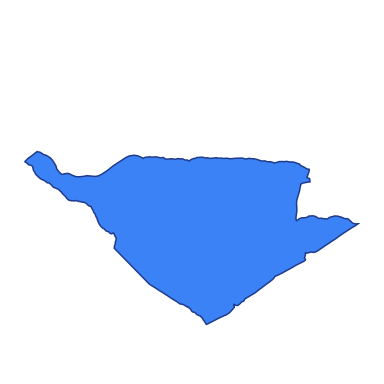 the district of Tisaleo, Tungurahua, Ecuador, rotated 46°
{"feature_id": "8360857B823186733653", "entity_name": "Tisaleo", "entity_type": "district", "adm_level": 2, "iso_a3": "ECU", "parent_name": "Ecuador", "parent_adm1": "Tungurahua", "projection": "mercator", "projection_center": [-78.685, -1.36], "detail": "fine", "context": "isolated", "style": "filled", "palette": "blue", "viewbox_px": 384, "rotation_deg": 46, "n_neighbors": 0, "source": "geoboundaries", "source_scale": "gbopen_adm2", "svg_char_len": 5968}
<svg xmlns="http://www.w3.org/2000/svg" viewBox="0 0 384 384"><g transform="rotate(46 192 192)"><path d="M72.5,292.1L75.1,292.0L76.2,291.9L77.9,291.6L78.1,291.5L78.9,291.3L80.0,290.7L81.5,290.2L82.0,290.0L84.5,289.8L85.2,289.5L85.6,289.0L86.1,288.6L88.0,288.3L90.3,288.3L91.8,288.4L92.6,288.3L93.4,287.9L94.0,287.5L94.6,287.3L95.5,287.1L95.6,286.9L96.0,286.6L97.4,286.3L98.3,286.2L100.0,286.2L100.5,286.1L101.1,286.0L102.9,286.3L103.3,286.4L104.0,286.3L105.0,286.3L106.0,286.2L107.1,286.2L107.9,286.2L109.4,286.5L110.3,286.5L111.1,286.4L112.5,286.2L112.9,285.9L113.3,285.6L113.9,285.2L114.3,285.0L114.7,284.7L116.6,282.8L117.2,282.2L117.2,281.8L117.6,281.4L119.6,280.3L120.6,279.6L122.4,278.4L123.3,277.7L124.2,277.1L125.2,276.5L127.0,275.9L127.5,275.9L128.4,276.0L129.5,276.0L130.8,275.6L132.5,274.7L132.8,274.7L133.5,275.2L137.1,276.1L138.2,276.8L138.6,276.9L140.9,277.0L141.4,277.4L143.4,278.3L144.7,278.2L145.2,278.7L145.3,278.9L145.6,279.1L148.0,280.1L149.0,280.5L151.3,281.2L151.7,281.2L153.0,281.4L154.3,281.4L155.7,281.4L156.5,281.2L157.0,280.9L157.5,280.8L160.0,280.9L161.0,280.6L162.6,279.7L163.0,279.5L163.4,279.5L163.7,279.6L164.3,279.7L164.8,279.5L165.7,279.3L166.1,279.0L166.4,278.4L166.8,277.1L167.0,276.9L167.3,276.9L167.7,277.0L168.2,277.3L168.5,277.5L169.6,277.6L170.6,278.2L171.2,278.3L171.8,278.4L172.1,278.5L172.5,278.6L173.3,279.4L174.0,280.4L174.4,281.1L174.6,281.8L175.0,282.2L175.5,282.7L176.0,283.3L176.4,283.9L176.5,284.3L176.9,285.2L177.5,285.9L178.2,286.7L178.4,287.0L228.6,286.7L229.9,286.4L232.7,285.7L236.3,284.8L240.4,283.9L244.6,282.8L246.8,282.3L250.7,281.4L253.4,280.9L260.7,279.0L262.1,278.7L262.7,278.7L263.9,278.5L265.2,277.6L266.0,277.0L266.8,276.5L271.5,275.2L271.5,274.8L273.2,274.7L273.7,274.6L274.7,274.4L276.6,274.7L277.6,275.0L278.4,274.9L278.8,274.8L279.9,274.1L280.2,273.8L280.6,273.7L281.6,273.5L282.1,273.6L282.9,273.8L283.5,273.6L284.1,273.4L284.8,273.2L286.4,272.5L286.7,272.2L289.7,272.1L290.0,272.3L291.1,272.4L291.6,272.7L293.8,272.9L297.2,273.7L298.0,271.6L301.1,261.3L303.6,253.9L303.9,253.6L304.0,253.4L304.1,253.2L304.3,252.0L304.5,251.1L304.7,249.9L304.9,249.1L304.9,248.2L304.4,241.8L303.2,240.7L302.7,240.6L302.0,240.3L301.9,239.9L302.1,239.8L304.0,239.2L304.7,238.7L305.3,237.9L305.6,236.9L305.7,234.5L305.5,233.1L305.5,232.4L306.1,231.6L306.4,230.6L306.3,230.1L306.0,229.1L305.7,227.5L306.1,226.4L306.8,223.3L307.5,220.2L308.3,217.2L308.8,212.1L309.1,210.0L309.3,208.4L309.4,207.3L310.0,202.6L310.4,199.6L310.6,198.9L310.9,193.6L310.5,191.6L310.4,190.5L311.1,189.0L313.1,183.0L313.5,180.9L314.2,178.7L316.2,171.2L316.9,168.0L317.4,166.6L319.4,160.2L319.8,158.1L319.7,157.6L319.2,157.2L317.4,156.6L317.0,156.1L316.7,155.2L315.6,153.8L314.7,152.8L314.6,152.5L315.2,152.3L315.7,151.9L316.4,150.9L317.0,149.6L318.0,148.0L318.4,147.6L318.9,147.2L319.3,147.1L320.3,146.0L321.0,144.6L321.4,143.5L321.9,141.0L323.1,133.5L323.7,130.6L325.6,120.2L326.0,116.8L326.8,112.0L327.4,108.8L328.8,101.5L329.6,98.6L330.2,94.6L330.0,94.8L329.1,96.0L326.8,97.7L325.2,98.2L323.8,98.1L319.9,98.4L319.1,98.7L318.1,99.9L316.8,100.8L312.9,102.5L312.2,103.1L310.6,103.9L310.2,104.2L309.8,104.8L308.2,106.1L308.0,106.8L306.5,109.3L305.6,111.2L305.7,111.8L305.1,113.8L304.8,114.1L304.1,114.4L303.0,115.6L302.2,116.2L300.9,116.9L299.3,118.9L298.7,119.3L295.9,120.0L295.3,120.2L293.2,121.5L290.5,124.6L290.3,126.2L289.5,127.8L288.7,128.9L286.9,130.8L285.7,133.5L285.5,136.1L285.3,136.7L284.7,136.7L284.2,136.4L282.5,134.8L281.4,133.5L279.2,130.7L278.7,130.0L277.8,129.0L276.6,128.0L272.5,124.4L270.8,122.5L265.9,113.9L265.3,112.9L264.2,111.7L262.9,109.5L261.9,108.4L262.7,105.9L265.8,101.2L266.7,100.2L265.0,98.7L264.2,98.2L263.8,98.2L261.8,99.1L261.3,99.2L259.6,95.6L258.1,92.9L257.2,91.9L256.5,92.3L256.0,92.9L254.7,93.5L252.5,93.9L251.9,94.2L250.7,94.5L249.2,95.3L248.3,95.4L246.5,95.3L245.5,95.8L244.7,96.4L243.2,96.9L240.6,98.5L239.4,99.6L238.4,100.8L236.2,102.2L235.0,103.4L234.7,104.2L233.6,105.1L230.9,107.9L228.4,112.6L227.4,112.9L225.9,113.9L225.1,114.3L224.0,115.2L223.0,116.5L221.6,117.3L220.9,117.6L219.7,118.4L219.2,119.2L218.1,120.4L214.3,122.3L211.4,124.1L209.1,126.3L207.5,127.5L205.3,130.8L203.0,131.9L201.3,133.5L200.8,134.1L200.3,134.7L197.7,137.6L194.9,141.1L194.2,141.8L193.5,142.3L192.8,142.6L192.3,143.3L191.8,143.6L190.0,145.7L189.7,146.0L187.1,148.2L186.1,149.4L185.6,149.9L184.4,150.5L181.7,154.1L181.1,154.6L180.3,155.8L178.0,157.1L177.3,158.4L176.9,158.7L175.7,159.3L174.4,160.3L173.4,161.1L172.8,161.9L170.8,164.3L170.5,164.7L170.3,165.9L170.2,166.4L169.3,167.0L167.8,170.6L167.9,171.2L167.8,172.4L167.5,172.8L166.1,173.0L165.6,173.3L164.2,174.7L162.4,175.5L161.8,175.6L159.8,177.7L158.7,178.4L158.2,179.0L157.2,180.7L156.4,181.6L154.8,182.9L154.4,183.1L153.5,184.0L152.3,185.6L151.7,186.3L150.6,187.5L150.1,187.8L149.4,188.5L148.0,188.4L147.2,188.7L146.9,189.0L145.7,190.9L142.0,193.2L138.8,196.9L137.1,198.1L136.2,199.6L135.8,199.9L134.4,201.9L133.9,203.3L133.9,203.8L132.1,204.3L130.2,205.1L128.6,205.7L127.0,206.9L125.4,208.0L124.4,209.4L122.5,212.1L121.8,214.1L121.3,215.4L121.1,216.6L119.0,227.5L118.6,229.3L118.1,233.8L117.8,237.4L117.4,240.0L116.5,244.7L115.4,248.0L114.0,250.3L112.2,252.0L108.4,255.3L107.3,256.2L105.8,258.6L103.5,261.6L102.2,263.1L100.9,264.3L99.5,265.3L97.2,266.3L93.7,267.6L92.3,268.4L90.7,270.5L89.4,272.7L89.0,273.3L87.5,273.6L85.2,273.7L83.5,273.5L82.4,273.4L80.8,273.0L79.5,272.2L79.2,271.9L78.3,271.7L77.6,271.4L74.9,270.8L74.3,270.7L72.6,270.3L72.3,270.3L69.3,270.2L66.5,270.8L64.8,271.3L64.2,271.4L64.0,271.6L61.8,272.8L61.1,272.9L58.4,273.5L57.0,274.2L55.8,275.3L55.3,275.3L55.1,277.2L54.9,278.7L54.9,278.9L54.5,282.7L54.2,284.7L54.0,285.6L54.0,289.8L54.0,291.0L53.8,291.5L54.0,291.3L55.9,290.8L56.2,290.7L58.5,290.6L58.9,290.6L59.3,290.5L60.4,289.5L61.0,289.2L61.5,289.0L62.2,289.0L62.5,289.0L63.8,289.4L65.1,290.3L65.6,290.6L66.7,291.1L67.2,291.2L68.8,291.4L69.5,291.8L70.6,292.1L72.1,292.1L72.5,292.1Z" fill="#3b82f6" stroke="#1e3a8a" stroke-width="1.5"/></g></svg>